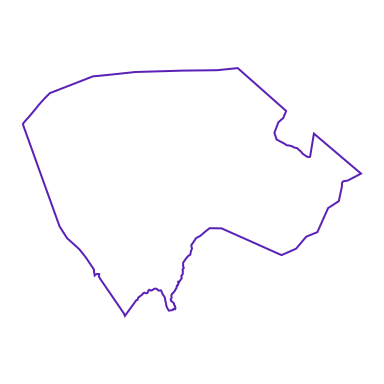 Santa María Zaniza, Oaxaca, Mexico (Equal Earth projection)
{"feature_id": "50627088B1802746700322", "entity_name": "Santa María Zaniza", "entity_type": "district", "adm_level": 2, "iso_a3": "MEX", "parent_name": "Mexico", "parent_adm1": "Oaxaca", "projection": "equal_earth", "projection_center": [-97.347, 16.634], "detail": "fine", "context": "isolated", "style": "outline", "palette": "violet", "viewbox_px": 384, "rotation_deg": 0, "n_neighbors": 0, "source": "geoboundaries", "source_scale": "gbopen_adm2", "svg_char_len": 2458}
<svg xmlns="http://www.w3.org/2000/svg" viewBox="0 0 384 384"><path d="M94.7,275.5L96.0,274.4L97.3,273.9L99.2,274.1L98.9,276.5L99.5,277.6L100.1,278.7L109.3,292.1L123.8,313.3L124.9,315.9L136.4,300.1L137.6,299.8L138.2,297.7L140.6,295.8L142.1,294.7L142.9,293.6L144.3,292.6L145.9,293.3L147.4,293.0L148.0,291.4L148.4,290.8L148.6,290.3L149.4,289.8L150.1,290.3L150.9,290.6L151.1,290.4L151.8,290.3L152.8,289.9L153.6,289.2L154.6,288.8L155.0,288.6L155.7,288.7L156.5,288.8L157.1,289.2L157.6,289.6L157.9,290.1L158.4,290.5L159.3,290.5L159.7,290.5L160.2,290.3L161.0,290.5L161.3,290.9L161.7,291.9L162.1,292.9L162.4,293.6L163.0,294.7L163.3,295.2L163.9,296.0L164.5,297.0L164.9,298.1L165.1,299.1L165.2,300.2L165.5,301.4L165.7,302.2L166.0,303.6L166.2,305.1L166.6,306.5L167.1,307.6L167.5,308.5L168.8,310.6L172.6,310.1L173.6,308.8L174.9,309.3L175.5,308.3L174.9,305.8L174.1,304.7L173.9,303.4L171.7,301.2L171.2,301.1L170.6,299.5L171.6,298.0L171.4,295.5L172.1,293.6L173.2,293.0L174.1,291.5L174.7,291.1L175.8,288.9L176.4,288.3L176.5,287.2L176.9,286.3L176.9,285.6L177.7,285.5L178.4,283.5L178.0,281.9L178.4,281.6L178.7,281.7L179.0,282.3L179.4,281.4L180.7,279.8L181.7,278.1L181.7,277.6L181.4,277.0L181.5,275.6L182.5,274.6L182.8,273.5L182.8,272.8L182.8,270.7L182.6,269.3L183.8,267.9L183.0,266.1L183.2,264.2L183.1,262.7L185.5,259.3L187.5,256.7L188.6,255.7L190.1,254.9L190.6,253.4L190.8,251.6L191.4,250.0L192.0,248.5L191.6,247.0L191.3,245.2L196.2,238.0L200.4,235.8L204.9,231.9L209.6,228.2L217.2,228.3L221.4,228.3L281.5,255.1L296.1,248.7L306.2,236.7L317.4,232.1L328.1,208.1L338.8,201.1L342.0,186.1L342.0,185.3L341.9,184.0L342.1,182.8L342.6,182.0L343.6,181.2L346.0,180.8L347.6,180.6L361.0,173.6L350.4,164.6L346.4,161.2L318.6,137.6L313.9,133.6L310.1,156.7L308.7,157.1L307.5,156.8L306.2,156.2L305.1,155.4L303.9,154.6L302.8,153.8L301.8,152.6L301.1,151.8L300.6,151.3L299.5,150.3L298.8,149.6L297.9,149.1L297.2,148.2L295.1,147.7L293.3,147.1L292.2,146.3L291.0,146.0L290.0,145.7L288.6,145.4L287.2,145.4L285.8,144.7L285.0,144.0L276.6,139.5L274.4,132.8L277.5,124.6L278.4,122.3L281.6,119.4L282.9,118.4L283.4,117.7L283.7,117.2L283.9,116.4L284.1,115.5L284.9,114.1L285.5,112.6L286.1,110.9L237.7,68.1L217.2,70.2L183.1,70.6L135.5,72.0L108.2,74.9L92.8,76.4L49.9,93.1L44.6,98.4L39.1,104.5L35.0,109.6L29.5,116.2L24.9,121.3L23.0,123.7L23.4,125.8L34.7,157.2L38.3,167.3L59.6,226.5L67.1,238.2L79.3,249.2L86.1,257.8L91.5,265.9L93.9,269.5L94.1,272.2L94.7,275.5Z" fill="none" stroke="#5b21b6" stroke-width="2"/></svg>